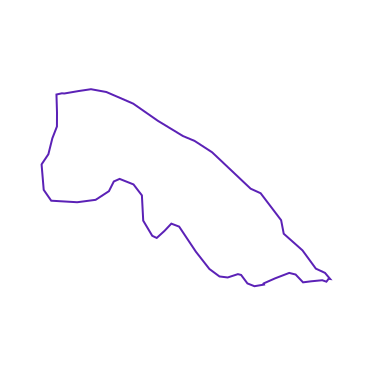 Diamond/Diamond Estate, Soufrière, Saint Lucia (Natural Earth projection), rotated 194°
{"feature_id": "8701671B2571810219289", "entity_name": "Diamond/Diamond Estate", "entity_type": "district", "adm_level": 2, "iso_a3": "LCA", "parent_name": "Saint Lucia", "parent_adm1": "Soufrière", "projection": "natural_earth1", "projection_center": [-61.044, 13.852], "detail": "fine", "context": "isolated", "style": "outline", "palette": "violet", "viewbox_px": 384, "rotation_deg": 194, "n_neighbors": 0, "source": "geoboundaries", "source_scale": "gbopen_adm2", "svg_char_len": 915}
<svg xmlns="http://www.w3.org/2000/svg" viewBox="0 0 384 384"><g transform="rotate(194 192 192)"><path d="M342.1,256.3L347.1,253.8L342.2,236.4L338.9,222.9L340.5,210.3L340.5,193.9L344.4,183.1L344.6,182.3L336.4,158.2L326.5,149.5L300.9,154.3L283.6,161.1L272.8,172.7L270.4,183.3L265.4,187.2L250.6,185.2L239.8,176.6L232.4,152.4L220.0,139.9L216.8,139.2L215.1,138.9L209.3,147.6L204.4,156.3L196.1,155.3L173.8,135.0L156.5,121.5L144.9,116.7L136.7,117.7L127.6,123.4L124.3,123.4L116.1,116.7L108.6,115.7L99.7,119.6L99.9,119.9L100.4,120.5L99.9,121.0L90.5,128.3L78.1,137.0L71.5,137.0L66.0,133.5L62.4,131.2L55.0,134.1L44.3,137.9L39.9,137.5L39.4,138.6L38.5,140.8L36.9,141.0L43.4,145.7L53.3,147.6L70.7,162.1L92.9,173.7L98.7,186.2L125.1,207.4L135.9,209.4L182.1,235.4L201.9,242.2L214.3,244.1L242.3,252.8L270.4,263.5L299.3,268.3L314.9,267.3L326.5,262.5L339.7,256.7L342.1,256.3Z" fill="none" stroke="#5b21b6" stroke-width="2"/></g></svg>